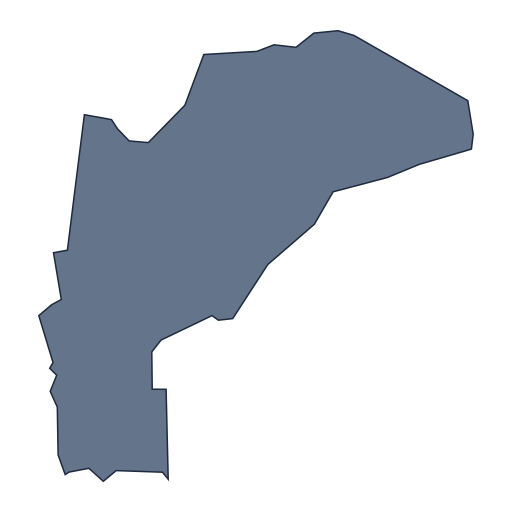 St. John the Baptist, Louisiana, United States of America
{"feature_id": "52423323B25245708603821", "entity_name": "St. John the Baptist", "entity_type": "district", "adm_level": 2, "iso_a3": "USA", "parent_name": "United States of America", "parent_adm1": "Louisiana", "projection": "equal_earth", "projection_center": [-90.507, 30.091], "detail": "fine", "context": "isolated", "style": "filled", "palette": "slate", "viewbox_px": 512, "rotation_deg": 0, "n_neighbors": 0, "source": "geoboundaries", "source_scale": "gbopen_adm2", "svg_char_len": 695}
<svg xmlns="http://www.w3.org/2000/svg" viewBox="0 0 512 512"><path d="M65.2,474.6L69.0,472.1L88.9,468.3L103.3,481.3L116.2,470.6L162.5,472.2L168.2,479.2L166.1,389.3L152.2,389.2L151.8,351.9L161.1,340.0L212.0,315.6L218.4,320.2L232.7,318.6L267.8,264.5L314.4,224.2L333.1,191.8L387.3,177.5L419.4,164.3L471.4,149.1L473.2,134.1L467.8,100.7L400.6,62.1L353.9,35.4L338.0,30.7L313.8,33.1L296.0,47.3L274.0,44.8L256.8,51.4L203.8,54.5L184.9,105.2L148.3,142.6L129.1,140.9L117.5,128.8L111.5,119.6L84.4,114.7L76.9,174.2L67.4,250.2L53.5,252.7L61.3,299.5L51.8,304.6L38.8,315.6L53.0,362.5L49.7,368.3L56.7,375.2L50.2,391.4L57.3,407.1L58.1,454.9L65.2,474.6Z" fill="#64748b" stroke="#1e293b" stroke-width="1.5"/></svg>